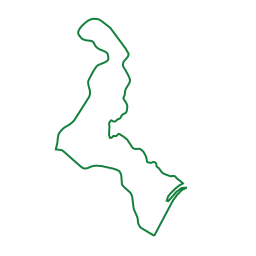 outline of Margibi, rotated 284°
{"feature_id": "LBR-789", "entity_name": "Margibi", "entity_type": "County", "adm_level": 1, "iso_a3": "LBR", "parent_name": "Liberia", "parent_adm1": "", "projection": "orthographic", "projection_center": [-10.158, 6.461], "detail": "fine", "context": "isolated", "style": "outline", "palette": "green", "viewbox_px": 256, "rotation_deg": 284, "n_neighbors": 0, "source": "natural_earth", "source_scale": "10m", "svg_char_len": 2826}
<svg xmlns="http://www.w3.org/2000/svg" viewBox="0 0 256 256"><g transform="rotate(284 128 128)"><path d="M87.6,194.8L87.4,194.7L84.7,191.7L81.5,189.2L74.5,184.9L70.9,183.4L66.8,183.2L66.8,184.8L77.9,190.5L82.8,194.6L84.4,199.5L81.1,195.5L75.2,191.9L68.4,189.1L29.7,179.5L29.8,179.5L34.2,164.9L34.8,163.9L35.6,162.9L37.2,161.5L38.2,160.9L39.2,160.4L41.7,159.6L43.5,158.8L50.4,153.5L52.1,152.6L61.9,148.9L63.7,147.8L64.5,147.2L65.9,145.8L69.5,138.9L70.6,137.2L71.6,136.0L72.4,135.6L79.9,133.1L80.8,132.7L81.8,132.1L83.4,130.7L84.1,129.9L84.6,127.7L85.0,124.4L84.7,111.8L83.9,106.9L83.4,105.2L82.7,103.4L81.8,101.8L79.3,98.5L78.9,97.7L78.3,96.1L78.1,94.6L78.5,93.2L79.3,91.2L90.1,70.4L90.5,68.4L89.8,63.1L96.9,63.0L101.5,62.3L104.8,62.1L106.2,62.5L107.9,63.1L110.8,64.6L112.3,65.6L113.4,66.5L117.0,70.2L118.8,71.7L120.7,73.0L122.5,74.0L148.9,82.8L150.6,82.9L152.3,82.8L155.2,81.9L160.1,79.2L162.5,78.3L163.3,78.1L165.3,78.3L174.3,80.5L179.1,82.1L179.9,82.5L181.5,83.6L182.2,84.3L185.9,89.4L187.5,91.1L188.2,91.6L189.0,92.1L190.1,92.2L191.6,91.9L194.0,90.8L195.3,89.9L196.0,89.0L196.3,88.2L196.9,85.7L197.2,82.5L197.6,80.9L198.2,79.1L199.0,77.5L199.6,76.7L202.7,73.8L203.2,73.0L203.5,72.1L203.6,71.3L203.0,66.3L203.0,64.3L203.1,63.3L203.4,62.3L203.7,61.4L204.2,60.6L205.3,59.1L206.7,57.5L207.6,56.9L208.4,56.6L209.3,56.5L210.1,56.5L212.2,57.0L213.9,57.6L215.6,58.4L219.2,60.7L222.1,62.9L223.5,64.5L224.3,65.4L224.8,66.4L225.4,67.6L225.8,69.1L226.2,71.2L226.3,72.7L226.2,73.9L225.1,77.2L220.8,86.7L204.8,106.1L200.2,110.6L199.3,110.7L198.5,110.8L197.7,110.7L196.9,110.5L196.2,110.2L192.0,108.0L190.9,107.7L189.8,107.6L188.0,107.8L186.8,108.4L185.7,109.2L183.7,111.4L178.1,116.5L176.1,117.8L174.6,118.5L172.9,118.5L171.2,118.2L165.3,116.4L162.2,116.3L159.5,116.8L156.0,116.3L155.4,116.5L153.6,118.3L152.8,119.3L151.8,120.3L150.1,121.6L148.4,122.2L145.3,122.6L143.6,122.6L142.3,122.2L141.6,121.6L140.4,120.1L139.7,119.5L138.9,119.0L135.6,118.0L135.1,117.6L134.7,117.1L134.4,116.5L134.0,116.0L133.4,115.5L131.9,114.5L131.3,113.9L130.9,113.0L130.8,112.1L131.0,111.3L131.3,110.6L131.4,110.1L131.2,109.6L130.4,109.2L128.1,108.5L124.6,109.7L116.9,111.2L115.1,112.2L114.1,112.9L114.6,114.4L115.3,115.0L116.1,115.3L116.8,115.9L117.1,117.9L117.6,118.8L119.4,119.8L120.0,120.5L120.0,121.5L119.2,123.5L118.6,125.7L117.6,127.6L116.6,130.0L110.0,137.1L109.5,138.1L109.4,139.3L109.5,140.5L110.5,143.7L110.5,145.0L109.8,146.7L108.5,148.9L104.8,152.3L102.4,153.6L100.3,154.4L99.5,155.0L99.5,155.8L99.6,156.8L99.6,157.7L99.7,158.6L100.1,159.4L100.8,160.1L101.2,161.2L101.2,162.5L100.5,163.8L99.4,164.4L98.1,164.8L97.4,165.5L96.4,167.7L93.1,171.7L92.7,172.7L92.3,173.7L91.5,180.1L91.6,181.4L92.4,183.4L92.6,184.4L92.3,185.6L90.8,187.8L90.1,189.2L89.8,190.3L87.7,194.5L87.6,194.8L87.6,194.8Z" fill="none" stroke="#15803d" stroke-width="2"/></g></svg>